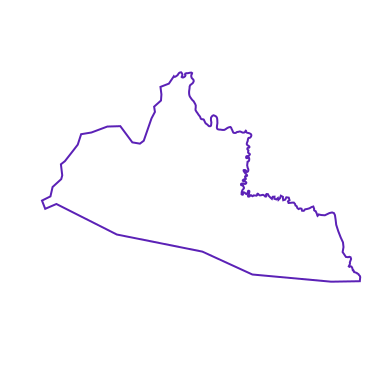 outline of Villa Sara, Treinta y Tres, Uruguay, rotated 259°
{"feature_id": "84410073B51130607975683", "entity_name": "Villa Sara", "entity_type": "district", "adm_level": 2, "iso_a3": "URY", "parent_name": "Uruguay", "parent_adm1": "Treinta y Tres", "projection": "robinson", "projection_center": [-54.408, -33.348], "detail": "fine", "context": "isolated", "style": "outline", "palette": "violet", "viewbox_px": 384, "rotation_deg": 259, "n_neighbors": 0, "source": "geoboundaries", "source_scale": "gbopen_adm2", "svg_char_len": 6092}
<svg xmlns="http://www.w3.org/2000/svg" viewBox="0 0 384 384"><g transform="rotate(259 192 192)"><path d="M309.0,196.2L302.8,190.0L301.2,181.1L293.6,180.6L287.7,179.0L283.0,171.1L277.7,170.9L272.0,166.3L251.5,154.4L249.4,150.1L252.1,142.9L270.3,134.2L272.4,121.4L269.6,104.6L269.9,94.2L260.3,88.9L255.0,82.9L246.5,73.1L244.2,68.6L233.1,67.8L229.6,66.1L223.5,56.1L214.7,52.2L212.2,43.1L203.5,44.7L206.1,56.6L164.6,110.1L131.5,190.8L99.5,235.5L77.4,311.5L72.4,339.7L76.4,340.9L77.7,340.7L78.3,340.3L78.9,339.9L79.5,339.8L80.0,339.3L80.4,338.9L80.5,338.6L81.1,338.3L81.5,337.6L82.0,336.7L82.5,336.0L82.8,336.1L83.0,336.0L82.9,335.8L83.3,335.7L83.8,335.4L84.6,335.4L84.7,335.2L84.7,334.9L85.6,334.9L86.9,334.8L88.3,334.3L88.7,333.7L88.8,333.2L88.5,332.2L89.1,331.7L90.9,333.1L91.9,333.5L92.8,333.5L95.9,335.4L97.7,335.2L98.4,334.0L98.2,332.8L98.9,330.7L104.3,328.4L109.0,330.2L113.7,330.6L119.0,329.3L125.6,328.1L132.3,327.3L137.4,327.7L142.0,327.9L144.2,327.3L145.2,325.6L145.1,322.9L143.8,318.0L144.7,314.6L145.2,313.4L145.5,312.7L145.8,312.1L145.2,311.5L144.8,311.0L144.6,310.7L144.9,310.6L145.4,310.5L146.1,310.5L148.1,310.1L149.6,309.7L150.2,308.8L150.8,308.4L151.5,308.5L152.0,308.7L154.6,308.3L154.4,306.5L153.6,304.2L153.4,302.1L153.4,299.7L152.2,298.1L152.6,296.5L154.7,296.3L155.3,294.9L154.9,293.4L156.1,292.4L158.1,292.0L159.0,291.0L160.5,290.9L162.2,289.9L162.4,288.7L162.6,286.5L162.8,284.7L164.5,284.4L165.4,286.2L168.0,285.9L168.8,283.6L166.7,282.0L166.5,280.0L168.2,280.0L169.9,280.3L171.4,278.5L169.0,277.1L167.8,275.3L169.7,275.2L168.6,273.4L169.6,271.6L171.7,272.1L171.9,270.3L170.0,269.1L171.9,267.7L173.6,266.6L175.4,266.1L175.6,265.4L175.8,264.8L175.3,264.2L174.6,264.1L173.9,264.2L173.4,263.7L173.6,263.0L174.3,262.6L175.1,261.9L175.7,261.1L175.7,260.1L175.6,258.8L175.8,257.8L176.4,257.2L177.0,256.8L177.4,256.7L177.8,256.2L177.7,255.8L177.1,255.5L176.5,255.3L176.1,254.7L176.4,253.9L176.5,253.2L176.7,252.6L176.9,252.1L176.9,251.7L176.5,251.2L176.3,250.7L176.6,250.2L177.5,249.5L177.7,249.0L177.6,248.6L177.1,248.2L176.8,247.8L176.6,247.3L176.6,246.8L176.8,246.3L177.2,246.2L177.7,246.2L178.2,246.6L178.7,247.2L179.1,247.4L179.6,247.7L180.9,248.2L181.4,248.4L182.0,248.4L182.4,248.0L182.4,247.4L182.0,247.1L181.4,246.9L180.7,246.5L180.3,246.0L179.8,245.4L179.6,244.9L180.1,244.4L180.8,243.9L181.3,243.5L181.7,243.0L181.9,242.5L181.6,242.0L181.2,241.8L180.4,241.6L179.8,241.5L179.7,241.0L180.0,240.5L180.5,240.2L181.1,240.5L181.8,240.6L182.2,240.7L183.0,241.1L183.7,241.5L184.4,242.0L184.8,242.5L185.1,243.0L185.5,243.4L186.0,243.8L186.7,243.8L187.3,243.6L187.7,243.4L188.4,243.4L188.7,243.2L188.9,242.6L189.0,242.3L189.4,241.6L189.9,241.5L190.6,241.8L190.7,242.2L190.8,243.0L190.5,243.6L190.4,244.2L190.2,244.7L189.9,245.2L189.8,245.7L189.8,246.2L190.2,246.8L190.7,247.1L191.2,247.0L191.9,246.5L192.4,245.9L192.7,245.2L192.8,244.5L193.4,244.0L193.8,244.1L194.2,244.7L194.4,245.2L194.6,245.9L194.2,246.8L194.5,247.3L195.2,247.4L196.5,246.9L196.8,246.9L197.2,247.2L197.5,247.6L197.5,248.0L197.3,248.3L197.3,248.8L197.5,249.2L198.1,249.2L198.7,248.9L199.2,248.6L199.9,248.0L201.3,247.3L202.0,247.0L202.9,246.7L203.5,246.8L203.7,247.2L203.4,248.3L202.9,248.9L202.3,249.2L201.6,249.2L201.2,249.6L201.2,250.0L201.3,250.5L201.7,251.0L202.2,251.3L202.9,251.5L203.6,251.6L205.7,251.2L206.5,251.3L207.3,251.2L207.9,251.3L208.4,251.5L209.5,251.8L210.0,252.1L210.5,252.1L210.8,252.1L211.2,252.4L211.3,253.1L211.5,253.6L211.9,253.9L212.4,254.2L213.5,254.5L214.1,254.5L214.5,254.5L214.9,254.4L215.1,254.0L215.0,253.5L214.8,253.1L214.7,252.5L214.9,251.9L215.3,251.7L215.6,251.7L216.0,251.8L216.5,252.1L216.7,252.4L216.8,252.9L216.7,253.4L216.5,253.9L216.5,254.4L217.1,255.1L217.3,255.4L217.7,255.9L218.1,256.0L218.3,255.9L218.7,255.7L219.1,255.3L219.4,254.9L219.9,254.7L220.3,254.6L221.2,254.9L222.0,255.3L222.4,255.1L223.2,254.6L223.6,254.5L224.3,254.7L224.4,254.9L224.7,255.5L224.7,256.1L224.7,256.5L225.0,256.8L225.2,257.0L225.7,256.9L226.2,256.6L226.6,256.2L227.1,255.7L227.5,255.3L228.0,255.0L228.6,254.9L229.0,255.0L229.5,255.2L230.0,255.5L230.6,255.8L231.1,256.2L231.7,256.5L232.4,256.7L233.7,257.3L234.1,257.6L234.3,258.0L234.2,258.4L234.2,259.0L234.3,259.4L234.7,260.0L235.3,260.6L236.0,261.0L236.8,261.1L237.5,260.9L238.1,260.3L238.7,259.5L239.6,257.6L240.1,256.9L240.5,256.5L241.0,256.5L241.6,256.7L241.9,256.5L241.6,256.1L241.1,255.7L240.7,255.3L240.5,254.8L240.4,254.3L240.5,253.7L240.6,253.2L241.1,252.4L242.0,251.2L242.3,250.5L242.3,249.8L242.2,249.0L242.3,248.0L242.2,247.3L241.8,246.6L241.7,245.9L241.8,245.3L242.0,244.6L242.3,244.0L243.0,243.7L243.9,243.5L244.7,243.4L245.7,243.1L246.8,242.8L247.7,242.7L248.5,242.1L248.5,241.1L248.4,240.1L248.1,239.0L247.7,238.0L247.2,236.9L246.8,235.6L247.0,234.4L247.2,233.5L247.6,232.4L247.9,231.6L248.1,230.6L248.5,229.6L249.1,228.9L249.8,228.7L250.5,228.7L252.3,229.2L254.8,230.1L256.2,230.3L257.0,230.4L257.8,230.6L258.6,230.6L259.6,230.7L260.7,230.5L261.7,229.9L262.6,228.8L263.2,227.8L263.0,226.9L262.5,226.0L261.4,224.9L260.8,224.7L259.8,224.5L258.9,224.3L258.1,224.3L257.3,224.3L256.6,224.3L255.6,224.0L254.6,223.7L253.5,223.3L253.1,222.4L253.3,221.4L253.9,220.8L254.7,220.3L255.4,219.8L256.1,219.1L256.8,218.5L257.6,218.2L258.7,217.9L260.8,217.4L261.4,216.5L261.4,215.9L261.8,215.1L262.4,214.6L263.2,214.5L264.6,214.2L266.7,213.1L268.0,212.6L268.9,212.2L269.7,211.8L270.5,211.5L271.7,211.1L272.9,211.3L273.9,211.7L275.0,211.9L276.0,212.2L277.5,212.0L280.8,210.9L282.0,210.0L283.7,209.1L286.1,208.1L287.3,207.9L288.8,207.9L290.7,208.2L292.1,208.6L293.2,209.0L294.4,209.4L296.0,209.8L297.2,210.6L297.8,211.7L298.5,213.1L299.0,213.8L299.8,214.4L300.4,214.8L301.5,214.9L302.3,214.6L303.0,214.1L304.0,213.5L305.3,213.3L306.9,213.6L308.0,214.5L308.7,214.8L309.3,214.2L309.5,212.7L309.4,211.0L309.5,209.9L309.7,209.1L309.5,208.0L308.7,207.6L307.9,207.9L306.9,207.3L306.3,206.1L306.1,205.0L306.4,204.2L306.9,203.8L308.3,204.7L309.1,205.0L310.6,204.7L311.6,204.1L311.6,202.9L311.2,201.9L310.5,201.1L309.5,200.2L309.0,199.2L308.6,198.3L308.3,197.2L308.4,196.4L309.0,196.2Z" fill="none" stroke="#5b21b6" stroke-width="2"/></g></svg>